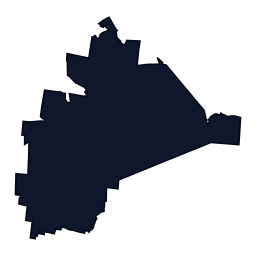 outline of El Llano, Aguascalientes, Mexico
{"feature_id": "50627088B57230775493206", "entity_name": "El Llano", "entity_type": "district", "adm_level": 2, "iso_a3": "MEX", "parent_name": "Mexico", "parent_adm1": "Aguascalientes", "projection": "natural_earth1", "projection_center": [-102.052, 21.929], "detail": "fine", "context": "isolated", "style": "filled", "palette": "ink", "viewbox_px": 256, "rotation_deg": 0, "n_neighbors": 0, "source": "geoboundaries", "source_scale": "gbopen_adm2", "svg_char_len": 4470}
<svg xmlns="http://www.w3.org/2000/svg" viewBox="0 0 256 256"><path d="M89.1,232.2L89.6,231.0L91.0,230.0L92.5,228.8L93.4,227.7L93.7,225.3L94.1,224.4L94.1,224.1L94.3,223.8L94.2,223.8L94.4,223.5L95.1,221.8L95.7,219.9L96.0,219.9L96.1,218.7L96.7,218.8L96.8,218.7L96.2,217.3L96.1,217.2L95.6,216.9L95.4,216.7L95.3,216.3L101.4,211.8L102.2,211.6L102.7,211.9L103.5,211.5L104.2,211.0L103.9,208.5L104.4,207.0L104.5,206.3L104.6,201.0L106.2,201.2L106.5,189.5L106.4,187.3L118.0,188.9L118.6,180.0L132.5,174.3L134.0,173.7L160.2,163.0L162.6,162.0L191.2,150.5L210.9,142.5L238.9,144.7L240.6,117.6L234.1,115.8L233.0,116.2L231.8,115.8L231.7,115.8L230.5,116.1L230.1,116.3L228.1,116.4L227.5,116.3L226.5,116.6L226.4,116.2L225.7,115.8L224.9,115.1L221.9,114.1L221.4,113.5L220.8,113.1L220.3,114.5L220.2,114.6L219.3,115.0L218.9,114.7L216.2,113.9L215.9,113.9L214.4,114.2L212.3,115.7L212.2,115.7L211.7,115.9L211.3,116.0L208.8,119.4L208.5,119.5L208.0,119.7L207.9,119.9L209.9,120.5L207.3,124.9L204.2,110.4L199.3,104.6L185.7,88.4L182.4,84.5L169.4,68.9L166.1,64.9L162.7,64.7L162.8,62.8L161.1,61.1L157.2,57.6L159.9,64.2L148.7,64.3L144.2,64.7L140.4,65.2L137.1,65.6L138.5,51.4L139.8,42.3L140.0,41.0L128.8,40.5L126.7,40.4L126.5,41.5L124.2,45.3L121.6,43.3L119.9,42.0L120.5,41.0L118.4,39.2L116.7,37.0L116.6,34.3L115.9,32.0L116.1,31.8L116.2,31.7L116.3,31.5L116.5,31.4L116.6,31.2L116.9,30.8L117.1,30.3L116.9,30.2L116.2,29.7L113.9,25.7L111.0,20.5L110.4,19.6L109.1,17.2L108.7,17.4L104.0,19.8L103.9,19.9L98.7,23.7L98.9,23.8L99.1,23.8L99.4,23.8L99.6,23.9L99.8,24.1L100.0,24.5L100.3,25.0L100.5,25.3L100.4,25.7L100.5,25.8L100.7,26.1L100.8,26.2L101.0,26.2L101.1,26.3L101.3,26.4L101.4,26.5L101.6,26.6L101.8,26.6L102.0,26.7L102.1,26.8L102.3,26.9L102.4,27.0L102.5,27.0L102.6,26.9L102.8,26.9L102.9,27.0L103.0,27.1L103.2,27.3L103.3,27.3L103.3,27.2L103.5,27.1L103.5,26.9L103.6,26.2L103.6,25.9L103.8,25.8L103.8,25.7L104.0,25.7L104.4,25.8L104.6,25.8L104.8,25.9L104.9,26.0L105.1,26.2L105.2,26.3L105.3,26.4L105.3,26.5L105.6,26.9L105.9,27.1L106.0,27.3L106.1,27.5L106.3,27.7L106.4,27.8L106.5,27.9L106.6,28.0L106.8,28.1L107.1,28.3L107.4,28.4L107.5,28.6L107.7,28.8L107.8,29.0L108.0,29.2L108.3,29.5L108.6,29.7L108.6,29.8L108.7,30.0L108.8,30.2L109.0,30.5L109.2,30.9L108.9,30.8L107.9,30.7L107.1,30.9L106.5,31.0L105.9,31.3L105.3,31.6L104.0,32.0L103.7,32.2L103.3,32.4L102.7,32.7L102.1,33.0L101.7,33.2L101.7,33.3L101.4,33.5L101.2,33.8L101.0,34.3L100.9,34.6L100.7,35.1L100.4,35.0L100.2,34.8L100.1,34.7L100.0,34.8L100.0,35.0L100.0,35.3L100.1,35.5L100.0,35.9L100.0,36.1L99.9,36.3L99.9,36.5L99.7,36.7L99.7,36.8L99.5,37.0L99.3,37.1L99.2,37.2L99.1,37.3L99.1,37.6L99.0,37.8L99.0,38.0L98.9,38.2L98.8,38.3L98.7,38.3L98.3,38.3L98.2,38.3L98.2,38.7L98.2,38.8L97.9,38.7L97.5,38.5L97.4,38.5L97.3,38.4L97.2,38.3L97.0,38.2L96.7,38.2L96.6,37.9L96.4,37.7L96.3,37.3L96.2,37.3L96.2,37.2L96.0,36.9L95.9,36.7L95.8,36.2L95.7,36.1L95.5,35.7L94.6,35.6L94.6,35.8L94.5,36.0L94.5,36.3L94.5,36.5L94.4,36.7L94.3,36.8L94.2,36.8L94.1,37.1L93.6,37.0L92.0,36.9L91.4,41.2L91.0,43.8L88.8,58.1L73.1,54.8L67.1,53.5L66.6,60.8L67.3,61.7L67.5,74.5L67.5,74.9L67.7,75.2L67.8,75.2L68.1,75.7L68.2,75.9L68.4,76.0L68.5,76.0L68.9,75.7L70.6,77.7L70.9,78.0L75.7,82.9L75.8,82.8L83.9,87.0L86.4,89.2L84.9,92.3L86.7,94.6L85.9,96.2L81.9,95.9L72.6,94.2L69.4,93.6L70.6,102.4L67.4,102.6L65.1,99.4L65.2,97.0L65.2,96.9L65.2,96.5L65.3,93.3L61.9,93.3L61.8,92.8L61.9,92.5L61.5,92.3L61.4,92.3L61.0,92.8L60.8,92.8L60.6,92.6L60.3,92.0L60.2,92.2L44.6,90.1L41.9,106.0L41.6,108.2L41.3,110.5L41.1,112.3L41.0,113.1L40.9,113.2L40.8,114.0L40.5,116.5L42.6,118.7L45.2,119.3L45.0,121.2L39.9,121.0L35.1,121.5L29.8,121.9L29.8,122.0L24.9,121.5L23.2,121.3L21.9,135.1L24.6,135.1L24.6,144.4L28.7,142.0L29.0,142.0L28.7,155.6L27.9,174.7L16.0,173.7L15.4,194.7L21.0,195.4L19.5,198.1L19.3,199.6L18.8,204.0L23.3,205.0L23.6,205.1L24.3,205.2L25.8,205.5L27.4,205.8L27.1,208.1L26.8,210.5L26.7,211.3L26.5,212.9L25.7,220.3L32.2,221.6L32.0,223.6L31.4,228.7L31.2,230.8L30.7,235.0L30.3,238.0L32.0,238.2L33.6,238.5L33.9,238.5L35.2,238.8L35.6,235.8L37.4,236.0L37.6,232.7L38.8,231.6L38.6,233.5L41.4,234.0L44.1,234.6L44.3,233.2L44.5,231.8L47.7,232.3L49.4,232.6L52.5,233.4L54.2,233.8L55.7,229.1L58.8,229.6L59.7,229.6L60.0,229.6L60.6,229.9L61.5,228.2L62.3,226.8L63.2,227.1L65.3,227.8L66.1,228.0L67.2,228.7L67.1,228.9L70.8,230.1L70.9,229.6L73.2,230.3L78.7,231.9L79.6,232.1L79.8,232.2L82.2,232.6L82.7,232.7L84.4,233.3L85.2,230.8L85.8,231.0L86.3,230.1L87.5,231.0L88.1,231.5L89.1,232.2Z" fill="#0f172a" stroke="#020617" stroke-width="1.5"/></svg>